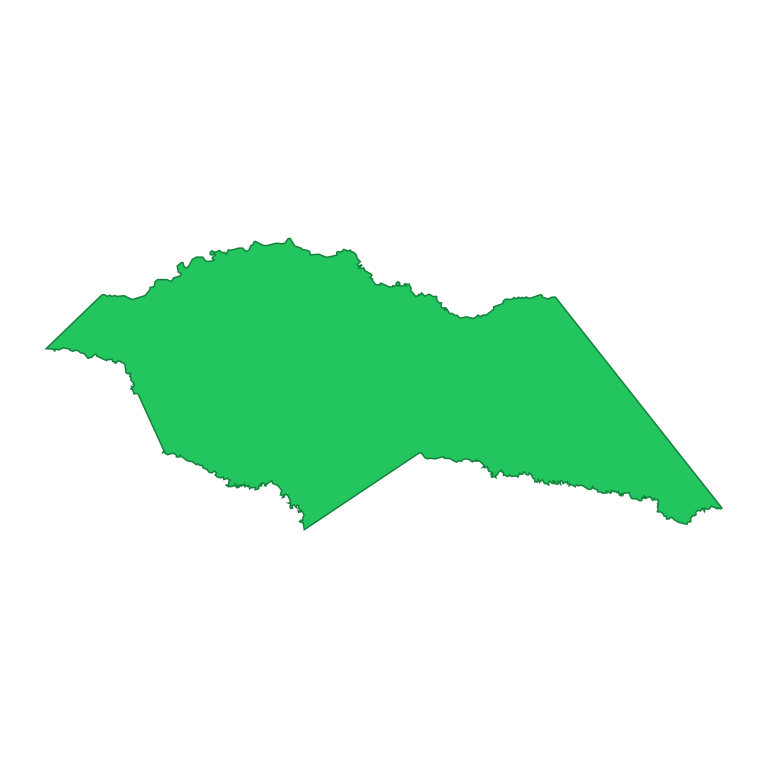 Arauca, Arauca, Colombia (Albers equal-area conic projection)
{"feature_id": "7082276B76814651219930", "entity_name": "Arauca", "entity_type": "district", "adm_level": 2, "iso_a3": "COL", "parent_name": "Colombia", "parent_adm1": "Arauca", "projection": "albers", "projection_center": [-70.53, 6.795], "detail": "fine", "context": "isolated", "style": "filled", "palette": "green", "viewbox_px": 768, "rotation_deg": 0, "n_neighbors": 0, "source": "geoboundaries", "source_scale": "gbopen_adm2", "svg_char_len": 6114}
<svg xmlns="http://www.w3.org/2000/svg" viewBox="0 0 768 768"><path d="M721.9,508.0L555.3,297.0L551.6,297.3L547.9,299.0L542.5,297.2L542.1,295.4L540.7,294.7L529.6,298.4L526.1,297.0L525.2,298.2L522.0,297.4L520.7,298.5L518.5,297.2L516.0,298.8L514.1,297.5L511.8,299.4L505.5,299.2L503.4,301.0L502.7,303.6L493.6,306.9L493.8,309.2L486.3,315.0L482.7,315.1L480.7,316.7L477.8,315.1L475.7,317.4L472.8,318.4L466.6,316.8L459.8,318.2L457.2,315.3L454.8,315.3L452.3,313.4L449.6,313.5L447.2,309.6L444.8,310.0L444.6,309.2L446.3,308.4L445.8,307.8L441.9,308.0L441.0,305.9L441.5,302.9L439.4,302.9L437.0,300.7L436.5,296.4L432.9,296.5L429.5,294.2L424.7,296.1L421.6,292.9L420.6,294.6L418.7,294.4L418.4,295.6L415.7,296.4L410.6,290.3L411.1,288.3L409.0,284.0L406.3,284.3L406.3,286.8L405.1,283.7L402.8,286.1L397.7,285.6L400.0,284.0L399.0,282.2L397.7,281.8L396.5,282.8L395.6,286.1L392.8,285.8L392.3,287.1L388.7,286.7L381.3,283.2L380.2,283.4L380.2,284.9L375.7,284.7L372.6,280.7L372.5,278.9L370.0,277.6L371.7,275.7L371.6,274.4L364.8,270.6L363.7,267.7L362.1,268.5L358.7,268.2L361.8,265.7L361.2,264.9L358.3,266.1L357.4,264.5L360.3,261.7L357.1,258.4L356.3,254.9L353.7,252.2L351.2,251.7L350.5,250.1L347.9,250.9L343.7,249.4L341.2,252.1L337.5,251.6L336.6,252.8L336.7,255.2L326.6,257.4L318.7,254.2L310.4,254.9L309.9,252.2L308.5,250.7L302.6,249.5L300.8,248.0L294.7,246.0L290.1,238.3L288.1,238.7L284.9,243.2L281.6,243.8L276.5,243.2L266.7,245.6L263.0,245.3L255.2,241.4L253.6,242.3L253.4,244.6L250.9,245.5L249.2,249.6L247.3,251.3L244.9,250.5L242.6,248.1L238.3,248.2L231.7,250.1L228.2,250.0L226.2,254.5L224.7,252.5L221.6,252.5L219.6,250.4L215.1,252.3L211.9,250.8L210.3,252.2L210.3,254.6L212.4,255.0L214.4,253.6L215.6,254.5L212.4,257.7L212.4,258.9L214.1,259.8L213.3,260.9L207.4,261.5L204.8,260.2L203.0,257.2L196.5,257.1L192.3,259.4L188.9,265.9L186.5,267.9L184.1,266.7L182.9,262.5L181.3,262.6L177.2,266.0L178.3,272.1L181.1,273.6L180.6,275.7L173.5,278.0L171.3,281.5L166.7,279.6L157.5,279.6L155.1,281.8L154.0,286.7L150.1,287.4L149.7,290.0L145.0,295.6L132.3,299.6L124.1,295.7L117.4,296.4L114.1,295.5L112.1,296.5L109.7,295.2L107.3,296.3L104.1,294.6L101.7,295.1L46.1,348.7L53.1,349.1L54.7,351.0L55.5,349.0L58.7,350.0L63.5,347.8L69.9,349.2L69.9,350.3L73.4,351.3L74.5,350.3L78.4,350.8L80.5,352.8L84.0,353.4L88.0,358.3L91.8,357.2L94.3,354.5L96.2,354.3L96.6,356.0L106.5,360.6L108.1,359.2L109.1,359.9L110.7,359.1L112.0,359.3L112.5,361.5L114.6,361.9L114.9,363.0L116.3,363.0L116.4,361.9L119.5,360.8L121.8,362.7L123.1,362.5L125.0,364.8L126.0,372.4L126.8,373.3L128.4,373.8L129.7,373.0L130.6,373.9L129.7,376.4L130.8,376.9L131.0,380.5L133.3,382.4L133.8,383.3L133.1,384.1L134.5,385.3L133.4,386.8L131.5,386.3L132.3,387.9L130.9,388.8L132.6,389.5L134.1,394.1L135.8,393.3L138.0,393.9L163.8,450.3L162.9,452.6L164.9,451.7L165.3,453.6L167.6,454.7L172.5,453.3L174.6,453.8L176.5,455.4L176.4,456.9L179.6,457.0L179.9,455.3L187.2,460.8L192.2,461.7L196.6,464.8L198.2,463.9L199.9,465.5L202.4,465.4L203.1,467.9L206.9,469.4L209.1,472.2L211.5,472.9L215.0,471.1L216.6,473.4L215.2,474.8L216.7,476.6L220.3,477.8L223.5,477.2L223.8,479.5L228.0,478.3L228.8,479.9L230.2,480.2L228.8,482.1L228.4,485.1L225.6,485.0L228.8,486.8L229.4,486.6L228.4,485.5L230.8,486.7L234.8,485.6L235.0,484.3L236.3,487.0L237.5,485.5L237.3,487.7L239.0,487.2L239.4,485.6L241.3,486.1L240.9,484.9L243.9,485.5L244.3,484.1L245.0,486.8L246.7,485.5L247.7,486.5L248.9,485.6L249.6,488.8L250.8,487.8L255.6,487.4L255.0,489.6L255.7,489.8L258.7,488.6L258.8,485.8L261.0,486.2L261.9,484.5L260.4,484.3L260.8,483.7L263.7,483.2L265.1,484.4L264.5,485.5L265.9,486.0L266.2,484.5L271.8,480.7L272.6,483.4L277.8,485.5L281.7,490.2L280.4,495.0L283.4,495.2L282.3,497.6L283.9,497.3L285.5,494.0L287.9,495.5L290.5,501.3L290.1,502.7L288.5,503.0L290.7,503.8L290.0,506.4L290.7,508.4L292.6,508.2L292.2,505.9L293.1,505.0L294.0,504.9L296.2,507.4L296.9,505.2L298.9,505.6L298.1,508.3L301.2,510.2L299.9,511.5L298.2,510.8L298.6,512.3L302.3,511.3L304.1,515.2L302.9,517.5L302.9,520.4L300.9,520.1L299.5,521.7L303.2,523.0L304.3,529.7L418.8,453.2L421.1,452.8L425.3,458.0L427.8,458.9L429.5,458.2L435.3,458.9L443.3,456.6L444.3,458.3L449.6,458.5L456.3,462.1L459.8,460.6L461.2,461.4L462.9,459.6L465.6,458.9L468.7,459.3L472.2,461.8L472.4,461.0L476.0,461.3L476.8,459.8L477.7,461.1L479.1,460.6L484.4,465.6L482.7,467.4L484.2,467.0L485.1,467.8L487.3,466.6L487.7,468.4L488.6,468.5L488.1,469.8L489.0,471.3L492.2,472.3L490.9,473.9L492.9,474.3L491.2,476.1L492.1,477.3L494.2,476.4L495.9,477.6L495.6,475.7L497.6,474.4L498.5,472.1L501.7,470.3L502.1,472.2L503.4,472.3L503.5,475.4L504.9,474.9L507.0,476.5L509.1,475.9L509.5,474.9L511.4,476.5L516.5,475.9L517.9,477.1L519.7,473.2L520.8,474.3L523.0,474.0L523.1,472.2L524.1,471.8L526.3,474.6L528.4,474.9L529.2,473.1L531.2,474.6L533.1,478.4L534.5,478.9L534.9,481.8L537.3,482.1L538.5,479.6L539.5,482.4L542.3,479.6L544.6,483.6L547.1,483.7L548.7,485.0L548.8,481.5L549.9,481.2L551.8,483.2L553.4,483.5L553.1,481.0L554.4,481.0L555.1,481.9L554.7,483.6L557.8,484.3L558.1,481.4L560.6,484.2L560.4,481.3L561.3,480.8L562.5,481.3L563.0,483.4L567.2,481.6L567.3,483.8L569.3,483.5L569.1,485.7L571.3,484.3L575.2,486.8L576.4,485.0L578.6,485.9L581.4,485.0L588.6,489.4L591.7,489.0L592.6,486.5L593.8,488.5L597.2,489.8L598.0,492.0L601.5,492.0L602.3,493.2L606.8,493.0L606.3,491.2L607.0,491.0L610.4,493.3L611.4,492.4L610.9,491.0L611.5,490.2L614.0,491.8L615.1,491.0L616.7,492.6L618.2,491.5L619.3,494.8L621.1,495.9L621.5,495.1L620.6,494.5L621.4,493.6L623.0,495.3L623.4,493.3L629.0,492.7L631.1,498.0L633.1,498.9L635.8,498.6L639.8,500.8L641.8,500.5L642.0,497.7L645.1,498.3L643.7,496.8L644.0,495.7L646.9,497.8L650.3,496.8L652.5,500.3L653.6,499.9L653.9,498.3L655.6,499.9L657.9,499.7L658.7,502.0L657.5,503.6L658.2,505.4L657.4,506.6L658.1,509.0L657.3,511.7L661.0,512.1L663.6,514.5L663.9,515.9L666.4,516.5L666.5,519.0L668.8,519.0L671.6,517.1L674.4,519.9L678.7,522.4L686.9,524.3L687.7,522.2L690.8,521.7L690.6,518.2L692.9,515.5L694.3,515.9L696.2,514.5L695.6,513.0L696.2,511.7L697.8,510.5L700.5,510.9L702.4,508.2L704.5,511.4L704.9,508.1L707.0,509.2L709.1,509.0L711.5,506.1L717.2,508.8L717.6,507.9L720.5,508.9L721.9,508.0Z" fill="#22c55e" stroke="#15803d" stroke-width="1.5"/></svg>